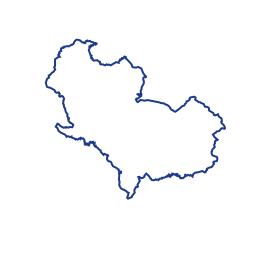 Mezquital del Oro, Zacatecas, Mexico, rotated 294°
{"feature_id": "50627088B62290449256091", "entity_name": "Mezquital del Oro", "entity_type": "district", "adm_level": 2, "iso_a3": "MEX", "parent_name": "Mexico", "parent_adm1": "Zacatecas", "projection": "natural_earth1", "projection_center": [-103.336, 21.194], "detail": "fine", "context": "isolated", "style": "outline", "palette": "blue", "viewbox_px": 256, "rotation_deg": 294, "n_neighbors": 0, "source": "geoboundaries", "source_scale": "gbopen_adm2", "svg_char_len": 5809}
<svg xmlns="http://www.w3.org/2000/svg" viewBox="0 0 256 256"><g transform="rotate(294 128 128)"><path d="M176.4,199.8L176.9,195.1L177.2,194.6L178.6,194.3L179.5,193.0L179.5,192.0L178.8,189.6L180.7,187.5L180.6,184.6L180.8,183.4L180.4,182.0L181.0,179.6L180.9,178.5L181.3,177.8L183.1,177.5L183.4,177.2L183.5,175.7L181.1,172.4L180.1,172.2L179.2,172.8L178.6,172.7L177.3,172.0L176.2,170.7L175.0,171.0L172.8,170.2L172.2,170.4L171.3,170.1L169.7,168.5L166.6,167.2L162.2,164.7L162.0,163.8L162.4,161.5L162.3,160.4L162.8,159.3L164.2,157.4L164.9,155.1L165.0,153.7L164.7,153.1L165.1,151.0L164.2,147.8L164.2,146.5L161.5,134.7L161.2,133.9L160.0,132.7L158.7,128.1L155.7,126.5L155.8,125.3L157.5,123.5L158.4,124.0L158.3,124.4L159.0,125.1L161.7,126.5L162.7,123.1L163.3,123.7L163.7,125.7L163.4,126.8L164.2,126.6L165.0,125.6L167.4,124.4L169.0,124.6L170.0,124.1L171.4,123.9L174.7,124.3L176.7,123.8L178.5,122.2L180.1,121.6L180.9,122.0L181.6,123.5L182.1,123.6L182.7,122.9L183.0,121.8L184.4,119.4L187.8,116.0L187.9,112.5L186.7,111.1L186.0,109.6L185.6,107.8L185.7,107.1L187.2,105.8L188.2,104.1L190.6,98.4L190.5,97.7L191.9,97.2L191.9,95.9L191.5,95.6L189.6,95.4L189.3,95.1L189.6,94.6L189.4,94.1L188.7,94.4L188.0,94.1L187.8,93.4L187.1,93.4L187.0,93.0L186.5,93.4L186.1,92.9L184.9,92.7L184.2,92.6L183.8,92.9L183.2,90.2L178.2,86.7L178.2,84.7L177.3,83.7L177.4,82.4L176.0,81.6L175.8,81.1L175.9,79.5L175.6,78.3L175.0,77.3L175.3,76.3L176.6,76.0L177.1,75.4L176.8,74.0L177.5,72.6L175.6,69.1L175.9,67.9L176.9,67.5L176.7,66.2L177.0,65.8L177.8,66.1L178.3,65.1L179.3,65.2L179.4,64.1L183.2,60.5L185.1,60.5L185.8,60.0L186.2,60.3L186.7,59.8L187.0,60.6L187.4,60.7L187.8,60.1L188.2,60.2L188.6,60.8L188.2,61.4L189.3,61.6L189.2,62.4L190.4,62.6L191.2,63.8L190.9,64.4L192.0,65.1L192.4,65.0L192.5,63.6L191.7,62.9L192.1,61.1L191.7,59.3L192.1,57.7L191.0,56.3L191.3,55.1L190.3,54.7L190.0,54.1L189.5,54.0L188.4,54.4L188.4,53.9L187.7,53.4L188.0,52.4L187.6,51.3L188.0,50.7L188.2,48.9L188.5,48.6L188.3,46.6L187.7,45.0L185.8,44.1L184.3,43.8L183.4,44.1L181.7,43.4L181.6,43.0L181.1,42.9L180.6,42.2L178.6,40.8L178.2,40.0L178.1,39.1L177.0,37.9L176.4,36.6L175.5,36.8L175.2,36.5L175.4,35.9L175.0,35.5L174.4,35.7L173.5,34.5L172.5,34.7L171.3,35.7L169.8,34.4L168.7,34.5L168.3,35.2L166.6,34.5L166.3,34.6L166.1,35.5L165.3,36.7L164.6,35.5L161.1,33.4L154.8,36.2L153.5,35.8L151.9,37.7L149.1,37.1L147.4,36.0L144.6,35.2L143.8,34.2L141.9,35.3L140.0,34.1L135.9,34.5L133.2,36.7L132.6,37.6L133.1,40.7L132.8,44.9L132.6,45.7L131.6,46.5L131.1,48.0L131.4,48.9L132.1,49.6L132.3,50.4L131.7,50.5L131.4,51.8L129.5,51.9L129.1,52.3L128.9,53.0L129.3,53.7L130.3,54.3L130.4,55.2L130.2,56.0L129.0,57.4L128.1,57.9L126.7,57.7L125.8,58.3L123.8,58.8L123.4,59.7L121.1,61.1L120.4,62.5L118.7,63.5L117.2,64.9L115.9,67.2L114.2,67.6L113.5,68.5L113.3,69.5L112.7,70.2L112.2,70.3L111.9,69.7L109.9,71.1L109.9,72.0L109.1,73.3L109.4,73.7L108.9,76.3L108.5,76.8L106.1,76.8L105.0,74.1L104.1,73.4L103.7,71.3L103.0,71.1L103.1,70.2L102.3,69.5L102.0,68.9L102.4,65.1L103.2,63.6L103.2,61.8L99.8,61.5L99.3,63.4L97.1,65.8L96.4,68.8L96.4,72.5L96.0,74.1L95.1,75.4L95.6,75.6L96.2,77.1L96.0,78.3L96.9,79.5L96.7,79.8L97.1,80.0L96.4,80.5L96.6,83.7L96.2,84.8L96.8,85.1L97.0,86.8L98.4,87.6L98.4,88.8L99.4,88.4L99.8,88.6L99.9,89.5L99.5,89.9L99.9,90.4L99.8,91.0L100.2,91.4L99.5,92.8L98.7,93.4L97.9,93.5L97.6,94.3L96.7,95.0L95.8,94.8L95.3,95.5L95.6,96.3L96.7,96.2L97.1,96.6L96.1,98.4L96.2,99.4L96.7,99.5L97.8,98.4L98.3,99.2L99.6,98.8L100.1,99.3L99.6,100.5L99.7,101.0L100.7,101.0L101.2,101.7L100.3,102.4L100.9,103.4L100.3,103.4L99.9,104.0L99.1,103.6L97.9,105.0L97.7,105.7L98.3,106.0L97.9,106.3L97.5,107.8L97.6,108.4L96.7,109.9L96.3,112.3L95.1,112.8L93.7,116.1L93.5,116.6L94.7,116.8L94.9,120.9L94.6,121.1L93.9,120.5L93.5,120.9L92.6,120.9L90.9,121.5L89.6,123.6L90.1,124.8L90.1,125.9L89.2,127.3L88.1,128.1L87.8,129.0L87.0,129.7L86.8,134.1L86.3,135.2L86.3,136.4L85.2,136.8L84.9,137.4L85.3,139.4L84.3,139.9L83.7,139.5L83.0,138.2L81.0,139.4L77.1,140.7L75.9,141.8L74.6,142.5L72.3,143.2L70.4,145.4L69.8,147.0L69.8,149.0L70.1,149.7L69.7,150.6L69.6,152.2L69.0,153.6L69.1,155.0L67.5,155.1L66.6,155.5L64.4,155.5L63.8,155.8L63.5,156.8L66.6,159.6L68.0,159.4L71.8,160.4L73.0,159.4L74.5,159.0L76.3,159.2L77.5,159.4L77.7,160.4L78.7,160.9L80.1,159.7L84.2,160.3L85.0,159.8L85.8,158.8L86.2,159.0L86.8,158.5L87.4,157.4L87.9,158.0L87.7,160.8L88.9,162.2L90.2,162.8L91.2,162.4L93.8,163.3L92.4,167.2L91.0,168.8L91.0,169.8L90.3,170.4L90.2,171.5L91.1,173.2L92.4,174.3L92.2,175.1L93.1,176.2L92.8,177.0L94.5,177.5L95.6,179.5L96.3,179.3L96.6,180.2L97.1,180.5L97.4,181.4L98.9,182.5L99.1,183.0L99.5,183.1L99.6,183.7L100.3,184.2L100.4,184.8L100.6,184.3L100.8,184.7L101.2,184.3L101.4,184.7L101.7,184.6L101.6,184.9L102.2,185.1L101.5,186.4L101.9,186.4L102.2,187.0L102.9,186.9L103.2,187.6L104.3,187.0L104.6,187.9L104.4,190.4L105.0,190.1L106.0,191.5L106.0,192.0L105.5,192.4L104.2,192.6L104.2,193.4L105.3,194.5L103.6,195.9L103.6,197.0L104.3,197.4L104.5,198.7L107.1,199.9L107.6,199.9L108.2,199.2L108.7,199.4L108.3,201.1L109.6,201.9L109.6,203.7L110.5,204.2L109.9,206.7L111.1,206.3L111.4,206.6L112.5,206.4L114.6,207.6L115.8,209.7L118.9,213.4L118.6,216.3L119.2,216.8L121.1,216.7L121.9,217.3L122.9,216.7L125.0,218.4L126.0,220.0L126.9,220.5L130.0,221.1L130.6,220.9L131.0,220.0L131.7,219.9L132.5,220.4L133.7,222.4L134.4,222.6L136.4,222.1L137.5,221.2L137.7,220.6L137.3,217.7L137.5,216.1L138.8,214.7L140.4,214.0L140.6,214.2L142.5,213.8L146.0,215.0L147.0,213.9L148.0,213.5L149.3,213.7L151.0,212.9L152.4,213.3L153.0,214.3L153.7,214.7L154.9,210.8L156.5,208.3L157.1,208.4L159.5,210.1L160.7,210.3L162.4,212.6L165.7,213.5L166.3,214.7L166.4,216.3L167.0,216.7L167.4,216.6L169.2,215.0L170.7,211.3L171.5,210.7L172.6,211.0L174.5,209.7L174.9,209.2L175.1,207.2L175.7,206.0L177.1,204.6L176.2,204.1L175.8,203.2L174.8,202.2L174.9,201.2L176.4,199.8Z" fill="none" stroke="#1e3a8a" stroke-width="2"/></g></svg>